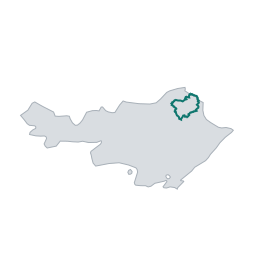 Talin, Aragatsotn, Armenia shown in context, rotated 142°
{"feature_id": "60910142B13156315773752", "entity_name": "Talin", "entity_type": "district", "adm_level": 2, "iso_a3": "ARM", "parent_name": "Armenia", "parent_adm1": "Aragatsotn", "projection": "natural_earth1", "projection_center": [43.741, 40.354], "detail": "fine", "context": "in_parent", "style": "outline", "palette": "teal", "viewbox_px": 256, "rotation_deg": 142, "n_neighbors": 0, "source": "geoboundaries", "source_scale": "gbopen_adm2", "svg_char_len": 3735}
<svg xmlns="http://www.w3.org/2000/svg" viewBox="0 0 256 256"><g transform="rotate(142 128 128)"><path d="M115.2,152.3L113.4,149.5L104.4,140.4L96.0,133.4L90.3,130.5L84.5,130.8L75.6,132.2L72.3,131.6L64.5,128.5L58.1,124.9L58.9,123.4L60.3,122.3L58.7,117.6L55.1,110.0L55.5,107.6L54.3,104.3L53.1,101.8L58.1,95.9L60.5,91.1L61.0,86.5L59.6,81.6L56.3,72.9L54.2,70.4L50.4,68.0L47.2,64.1L46.4,61.4L49.1,60.8L57.0,60.8L64.6,59.8L70.6,58.0L79.2,56.5L82.8,55.2L87.0,54.5L99.6,56.0L104.3,54.9L118.6,54.6L118.9,54.1L117.0,52.2L117.0,51.5L125.5,50.4L126.8,49.5L127.9,52.4L131.1,55.7L134.6,57.0L136.5,58.8L136.6,60.1L130.4,61.8L130.0,62.6L130.4,63.4L132.2,63.8L140.9,67.9L145.8,68.0L148.4,69.2L149.7,71.7L153.8,75.0L157.1,78.2L157.3,79.3L156.7,81.0L147.6,87.3L146.4,89.5L146.3,91.8L150.4,98.6L156.4,106.1L165.0,111.8L176.9,117.9L177.1,121.8L175.2,126.3L173.6,129.4L172.9,131.5L171.5,132.4L159.7,132.2L157.9,132.9L157.2,133.8L157.1,134.6L161.4,135.9L168.0,140.8L171.9,145.5L175.9,147.6L180.3,151.4L183.9,154.9L189.5,159.4L195.7,157.9L204.0,162.0L204.4,164.7L203.9,167.1L198.7,169.8L198.1,170.9L198.1,171.9L198.8,173.2L201.9,175.4L205.5,178.6L209.6,183.5L207.8,184.9L204.0,185.1L201.1,184.5L200.0,185.5L200.1,187.1L204.0,190.8L204.8,193.5L204.7,198.2L204.9,204.1L195.9,203.7L188.3,206.5L185.4,205.9L183.4,200.9L181.7,196.9L176.8,186.4L178.1,182.2L175.3,179.7L168.7,175.3L167.0,173.4L167.9,170.9L168.6,166.3L167.9,162.6L166.1,161.4L162.9,161.4L158.9,162.3L150.9,165.9L145.4,163.6L142.2,161.3L140.3,159.3L136.2,161.0L135.1,160.2L134.9,155.4L133.6,152.8L131.1,149.8L128.8,148.3L120.3,151.3L115.2,152.3ZM128.0,66.6L128.3,64.8L127.9,63.3L126.5,62.8L124.8,63.2L124.7,64.9L125.2,66.6L126.9,67.3L128.0,66.6ZM155.4,93.2L153.5,94.2L151.6,93.8L151.6,91.1L152.9,90.0L154.5,90.1L155.9,91.0L155.4,93.2Z" fill="#d9dde1" stroke="#a8b0b8" stroke-width="1"/><path d="M81.0,101.9L80.7,102.3L80.3,102.7L79.2,102.8L78.2,103.1L76.9,103.8L75.7,103.2L76.1,101.7L75.1,101.3L74.7,100.9L74.7,100.3L74.7,100.2L74.0,100.2L73.4,100.2L72.7,100.4L71.9,100.5L71.9,101.1L72.0,101.5L71.9,101.7L71.7,101.7L71.4,101.5L71.0,101.4L70.8,101.4L70.4,101.6L69.6,101.8L69.2,101.8L68.8,101.4L68.3,101.1L67.7,101.2L66.5,100.4L66.3,100.4L66.0,100.7L64.2,99.6L63.4,99.3L63.4,100.5L62.0,100.7L60.1,100.7L59.2,101.6L59.1,102.0L59.3,103.2L59.4,103.9L58.8,104.0L57.3,104.2L56.6,104.3L56.5,104.5L56.5,105.1L56.5,105.9L55.7,105.9L55.7,106.0L55.4,106.1L55.4,106.3L55.4,106.5L55.5,106.7L55.5,106.8L55.6,107.0L55.7,107.3L55.7,107.5L55.6,107.8L55.4,107.8L55.3,108.0L55.2,108.1L54.9,108.3L55.0,108.4L55.0,108.5L55.0,108.8L54.9,108.9L54.7,108.9L54.6,109.0L54.6,109.3L54.5,109.5L54.4,109.6L54.4,109.8L54.5,109.8L54.5,110.0L54.4,110.3L54.3,110.5L54.2,110.6L54.2,110.8L54.3,110.8L54.3,111.0L54.5,111.1L54.7,111.4L54.7,111.5L54.8,111.7L54.9,111.8L55.0,111.9L55.1,112.0L55.3,112.3L55.3,112.5L55.4,112.8L55.5,112.8L55.8,112.9L55.8,113.0L55.9,113.3L56.1,113.4L56.1,113.6L56.3,113.8L56.5,114.0L56.6,114.3L56.5,114.5L56.4,114.6L56.4,114.8L56.6,114.9L56.8,115.0L56.8,115.4L56.9,115.5L57.0,115.6L57.3,115.5L57.5,115.7L57.8,115.5L58.1,115.7L58.3,115.8L58.5,116.0L58.7,116.4L58.9,116.4L59.0,116.4L59.0,116.5L58.9,116.6L59.0,116.6L60.2,115.7L60.5,115.5L61.0,114.4L62.2,115.6L62.7,116.7L63.4,116.9L64.7,116.2L64.4,115.5L64.4,114.7L65.1,115.0L65.8,115.3L67.5,115.3L68.5,115.3L69.7,117.3L71.7,118.9L72.5,119.9L73.0,120.7L73.6,120.8L74.0,121.1L74.7,121.1L75.0,120.7L76.0,120.8L76.5,120.5L76.8,120.5L77.0,120.6L77.3,121.0L77.9,120.7L78.1,120.6L78.6,120.6L78.4,119.6L79.4,119.2L79.2,118.7L78.5,116.7L78.8,116.5L78.0,114.2L78.1,113.4L79.6,113.3L80.1,112.6L80.9,112.5L81.1,111.9L80.4,111.3L81.1,109.9L81.7,107.7L81.4,107.1L81.1,105.5L81.5,104.5L82.0,103.7L81.4,102.7L81.0,101.9Z" fill="none" stroke="#0f766e" stroke-width="2"/></g></svg>